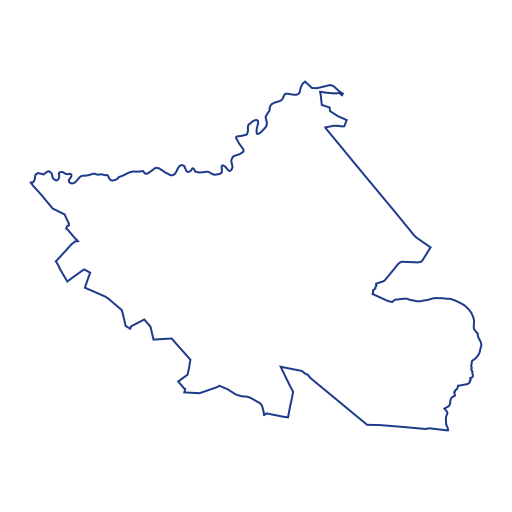 outline of Krapes pag., Ogre, Latvia
{"feature_id": "27541924B6924780899124", "entity_name": "Krapes pag.", "entity_type": "district", "adm_level": 2, "iso_a3": "LVA", "parent_name": "Latvia", "parent_adm1": "Ogre", "projection": "albers", "projection_center": [25.205, 56.742], "detail": "fine", "context": "isolated", "style": "outline", "palette": "blue", "viewbox_px": 512, "rotation_deg": 0, "n_neighbors": 0, "source": "geoboundaries", "source_scale": "gbopen_adm2", "svg_char_len": 5960}
<svg xmlns="http://www.w3.org/2000/svg" viewBox="0 0 512 512"><path d="M477.7,333.3L477.3,333.1L476.3,332.2L474.4,329.6L473.8,328.3L473.7,326.9L474.1,321.8L474.0,320.6L473.8,319.3L473.3,317.4L472.4,315.2L471.6,313.4L470.6,311.8L468.8,309.5L465.0,305.8L461.9,303.8L455.4,300.6L451.1,299.1L448.9,298.7L446.8,298.8L442.4,298.2L435.4,298.1L432.8,298.4L429.4,299.5L425.8,300.3L423.3,300.5L421.0,301.2L418.6,301.3L415.8,301.1L414.3,300.6L410.5,300.0L406.8,298.7L404.7,298.7L400.8,299.0L398.6,299.4L395.4,299.6L393.4,300.9L392.1,302.1L387.4,300.8L372.6,294.0L373.1,292.9L373.1,292.2L373.0,290.9L373.0,290.3L374.3,289.5L374.8,288.8L375.4,288.3L375.4,287.3L375.5,286.8L376.4,285.8L376.3,285.2L376.0,284.4L375.9,283.9L376.2,283.6L382.3,281.7L383.6,281.1L385.0,280.1L394.8,268.2L397.7,264.5L399.5,262.8L401.0,262.0L402.6,261.7L405.0,261.9L417.9,262.4L421.3,261.7L422.7,260.0L427.8,251.8L430.6,247.4L416.3,237.5L415.4,236.6L414.4,235.7L395.8,212.9L362.3,172.6L325.2,127.6L325.3,127.4L333.8,125.8L336.6,125.7L341.7,126.4L344.1,126.3L344.4,126.1L344.5,125.8L346.7,120.1L337.6,116.0L330.1,111.1L329.6,107.5L321.8,104.9L321.3,100.1L321.1,99.3L320.8,95.5L320.1,91.8L321.0,91.8L324.5,92.5L327.0,92.7L328.0,92.9L333.5,93.3L333.9,93.6L334.5,93.3L337.4,93.3L338.8,92.9L339.2,92.9L340.3,94.0L342.1,95.2L342.8,93.5L339.9,91.9L333.6,86.2L330.3,85.0L317.0,88.2L312.0,88.0L305.1,81.6L304.0,82.6L302.8,83.5L302.1,84.7L301.4,86.0L300.8,87.5L300.4,89.1L299.6,92.4L299.2,93.1L298.6,93.8L297.0,94.6L295.3,94.8L292.9,94.6L287.3,93.7L285.4,93.9L284.6,94.5L282.3,99.2L281.3,100.2L279.4,101.2L274.4,102.7L271.9,104.0L271.0,105.0L270.1,106.3L269.8,107.8L269.5,108.7L269.6,110.0L269.2,111.1L268.6,111.9L268.2,112.7L267.4,113.5L265.6,116.9L265.8,118.2L266.0,118.7L266.3,120.6L266.8,121.8L266.9,122.8L266.8,124.2L266.5,125.4L266.0,126.4L265.7,127.2L263.6,129.5L260.5,132.6L259.4,133.4L258.3,133.8L256.9,133.7L256.6,132.4L256.6,129.6L258.1,123.0L257.9,120.8L257.3,120.3L256.4,120.0L255.0,120.2L252.2,121.6L250.6,123.2L249.3,124.0L248.3,125.2L247.9,126.9L247.9,128.5L248.1,130.1L247.8,131.2L247.8,131.8L247.0,134.2L246.3,134.7L241.8,135.8L239.9,136.2L238.8,136.1L237.3,136.4L236.1,137.1L236.1,138.1L236.8,139.4L238.1,141.4L239.0,143.4L243.2,149.1L243.6,150.2L243.5,151.4L243.0,152.0L240.0,154.0L236.2,155.3L234.8,155.7L233.0,156.7L232.1,158.2L231.5,159.9L231.3,161.4L232.2,165.4L232.5,167.3L231.8,169.0L231.2,170.1L229.8,171.0L228.7,170.7L227.5,169.5L226.7,168.3L225.0,166.5L223.3,165.5L222.3,165.4L221.8,166.1L221.6,167.8L221.9,168.8L221.9,169.9L221.8,172.5L219.7,174.0L214.6,174.8L212.6,174.2L208.3,171.8L206.4,171.7L204.3,172.1L199.5,172.5L195.5,171.8L194.9,171.0L194.1,169.3L193.6,168.6L192.6,168.3L192.2,168.5L191.3,170.1L190.3,171.1L188.2,172.0L187.3,171.8L186.2,170.6L185.3,168.4L184.7,167.5L184.6,166.4L183.9,165.9L182.0,165.0L179.6,165.9L177.4,169.2L176.9,170.6L175.2,173.5L174.2,174.4L172.7,175.1L171.3,175.4L169.8,174.9L168.0,173.8L164.5,172.1L163.4,171.1L160.3,169.2L159.4,168.4L155.9,167.8L154.4,168.5L154.0,169.0L148.3,173.1L146.7,173.8L145.5,173.7L144.1,172.6L143.3,171.3L142.9,171.0L138.1,171.7L133.0,171.5L130.4,172.1L127.8,173.1L123.0,175.6L119.6,176.8L118.7,177.2L117.7,178.6L115.1,180.0L112.3,180.6L110.5,179.9L109.6,178.9L109.1,178.2L107.8,175.4L107.0,175.1L104.6,175.1L101.6,174.3L97.4,174.7L94.4,173.7L93.3,173.7L88.6,175.2L86.0,175.6L82.3,175.8L81.0,176.3L79.5,177.4L75.7,181.8L74.8,182.6L72.7,183.4L70.8,183.3L69.6,182.5L69.0,181.9L68.8,180.6L68.9,179.8L70.9,177.3L71.4,176.0L71.4,175.2L71.3,174.5L70.8,174.1L69.5,173.8L67.7,174.2L66.2,174.0L64.3,173.1L63.2,172.4L62.0,172.0L60.7,172.0L59.8,172.3L59.1,173.1L58.8,174.0L59.2,175.2L59.2,177.0L58.7,178.7L58.1,179.5L56.9,180.4L55.8,180.3L54.3,179.4L53.4,178.6L52.6,177.6L52.3,176.2L52.0,174.3L50.8,172.5L49.4,171.6L48.5,171.3L46.7,172.1L45.7,172.7L43.9,174.3L42.6,174.3L41.6,173.8L39.5,173.5L38.1,173.0L37.7,173.2L36.6,173.9L35.5,174.9L35.2,176.2L34.6,179.7L34.1,181.1L32.6,182.5L30.9,182.4L30.7,182.6L32.9,185.5L41.9,195.5L52.6,208.5L64.7,214.5L66.8,219.3L69.0,223.8L68.6,225.0L68.8,225.4L67.4,226.0L67.0,226.4L66.2,228.7L66.9,229.0L67.9,229.9L74.9,238.2L77.2,240.3L77.9,241.1L74.6,241.6L72.7,243.5L71.8,243.9L60.7,256.2L55.8,261.4L56.3,261.8L59.5,267.6L59.3,267.9L67.3,281.5L72.0,278.0L80.3,272.0L84.2,269.4L90.2,272.7L88.9,276.3L88.7,276.6L84.9,287.7L105.3,296.6L109.3,299.4L115.8,305.0L121.9,310.2L125.7,326.0L130.2,328.7L131.1,326.3L144.3,319.5L150.5,326.7L153.5,339.6L171.6,338.5L190.4,359.7L188.9,368.7L187.5,374.7L178.2,381.5L184.3,388.6L185.2,388.9L184.3,392.4L199.6,393.2L217.7,386.9L219.2,385.8L219.5,385.8L227.7,389.3L235.8,394.5L242.0,396.4L246.7,396.6L250.3,397.7L259.9,403.2L260.6,403.8L262.1,405.9L263.7,412.1L263.9,415.0L264.1,415.1L266.6,413.4L283.1,416.7L288.0,417.4L290.6,403.7L290.8,403.6L293.1,391.9L291.7,389.0L291.4,388.8L280.7,366.8L281.3,366.9L301.5,370.9L302.9,371.8L305.8,374.1L307.2,374.5L308.1,374.9L309.8,377.5L367.1,424.8L380.5,425.1L403.8,427.0L425.4,429.0L429.2,428.3L447.5,430.4L448.1,430.3L447.8,428.4L447.5,427.4L446.0,424.0L446.1,423.2L445.9,419.2L446.1,416.9L446.3,416.2L447.1,414.1L447.4,413.1L447.0,411.8L446.6,411.2L444.4,408.6L448.2,406.5L448.8,406.1L449.2,405.5L450.2,403.3L450.3,400.7L450.8,399.1L451.1,398.5L452.3,397.1L455.0,395.6L454.2,392.4L454.6,392.3L454.9,391.7L455.0,390.5L456.9,389.2L457.1,388.6L457.7,387.6L457.8,386.6L458.0,385.7L459.9,385.5L466.8,384.2L467.4,384.1L469.0,383.2L469.8,381.8L469.7,381.6L469.6,381.4L469.8,381.0L470.4,380.7L470.6,380.4L470.6,379.9L470.1,378.8L470.2,378.1L471.4,377.8L472.6,376.9L472.8,376.4L472.9,375.8L472.8,374.7L472.3,373.3L472.4,371.5L472.0,370.9L471.3,369.6L471.5,368.6L471.7,368.3L471.7,367.9L471.7,367.5L471.3,366.8L471.4,366.2L471.1,365.3L471.4,364.8L471.7,363.4L471.8,361.7L471.9,361.3L472.4,360.6L474.2,359.4L475.6,358.3L477.9,355.6L478.7,354.5L479.6,352.4L480.7,347.5L481.3,346.1L481.3,344.5L480.6,341.6L479.0,338.7L478.1,336.6L477.8,335.5L477.7,334.2L477.8,333.7L477.7,333.3Z" fill="none" stroke="#1e3a8a" stroke-width="2"/></svg>